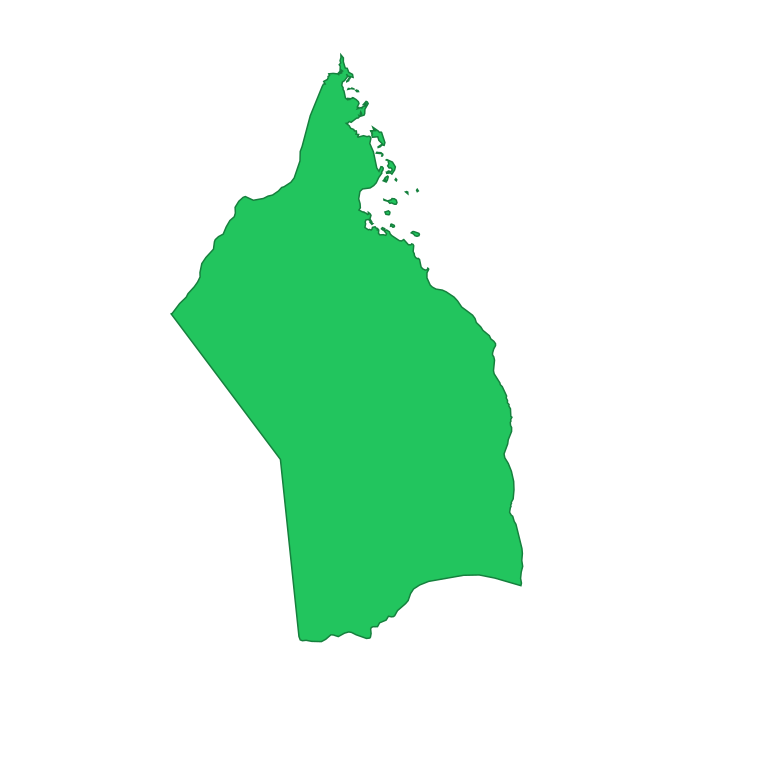 outline of Araeta, Debubawi Keyih Bahri, Eritrea, rotated 30°
{"feature_id": "51966322B42999406046920", "entity_name": "Araeta", "entity_type": "district", "adm_level": 2, "iso_a3": "ERI", "parent_name": "Eritrea", "parent_adm1": "Debubawi Keyih Bahri", "projection": "mercator", "projection_center": [40.88, 14.412], "detail": "fine", "context": "isolated", "style": "filled", "palette": "green", "viewbox_px": 768, "rotation_deg": 30, "n_neighbors": 0, "source": "geoboundaries", "source_scale": "gbopen_adm2", "svg_char_len": 6187}
<svg xmlns="http://www.w3.org/2000/svg" viewBox="0 0 768 768"><g transform="rotate(30 384 384)"><path d="M603.4,490.2L602.6,487.7L599.5,484.1L596.9,478.3L595.3,472.6L591.6,468.0L588.6,461.6L585.7,457.5L568.4,439.5L565.5,437.9L561.6,434.2L559.7,433.9L556.9,432.3L555.2,427.8L555.3,426.7L554.1,425.3L554.2,423.8L553.4,422.9L553.3,418.9L549.5,410.7L545.0,403.5L538.0,395.9L531.4,390.7L525.5,387.5L522.9,384.5L521.1,374.1L519.5,370.2L518.2,361.3L516.3,357.9L514.4,356.7L512.6,354.2L512.5,352.7L511.5,351.5L511.4,348.8L510.0,348.6L505.9,342.2L503.2,340.7L502.5,339.2L500.3,338.6L499.2,336.5L496.8,335.0L496.2,333.1L487.8,327.2L485.0,326.4L483.8,325.1L474.3,320.1L472.2,317.8L467.8,308.1L465.5,305.6L463.5,304.6L462.5,302.8L461.5,298.8L461.4,295.0L460.4,293.3L457.8,292.1L453.9,291.5L451.1,289.5L442.9,288.1L439.3,286.2L433.2,284.6L430.1,281.8L426.3,280.1L412.8,278.5L406.2,275.3L401.2,273.7L391.8,273.1L387.6,273.5L381.6,275.8L377.4,275.9L374.5,275.2L368.1,270.6L365.6,266.2L365.4,262.5L364.9,261.9L364.0,261.8L364.3,263.4L362.8,264.7L360.1,264.9L357.6,264.1L352.5,258.4L350.8,258.1L350.1,258.8L348.1,258.7L346.1,257.5L345.1,256.1L343.0,254.7L340.6,249.4L339.4,248.6L337.9,248.8L337.7,250.1L335.5,251.2L328.9,249.0L327.6,251.4L325.5,252.2L316.6,251.6L314.3,250.9L312.6,249.5L309.3,249.3L307.9,251.4L311.1,252.6L311.2,254.4L308.8,255.0L305.9,256.9L303.9,256.3L302.5,253.3L301.2,252.8L301.0,253.4L301.6,253.8L301.2,254.0L300.4,252.6L299.5,253.0L297.7,252.3L295.7,254.1L296.2,256.2L295.8,257.2L294.3,257.3L293.3,258.3L289.2,258.0L288.0,254.4L286.7,253.2L286.3,250.9L288.4,249.2L291.8,250.5L292.5,249.8L289.3,248.1L288.4,244.4L286.7,243.5L284.6,243.2L285.6,244.7L285.2,245.4L283.0,245.0L281.0,245.4L280.6,245.0L279.4,245.7L275.3,245.9L275.4,243.2L273.1,239.8L269.5,236.3L266.9,229.3L267.9,225.8L274.0,221.1L275.9,217.3L276.7,213.7L276.2,207.8L276.7,202.4L275.9,201.5L276.1,199.2L275.4,197.4L273.8,196.8L272.7,197.3L273.3,202.3L269.7,200.5L258.7,188.2L251.4,182.8L249.9,178.0L248.6,176.9L247.1,176.8L245.6,178.3L242.1,179.2L238.1,183.2L237.5,182.9L237.3,180.6L234.8,181.6L234.6,180.1L233.5,178.7L231.8,179.6L230.6,178.7L227.2,179.2L224.9,177.8L221.0,177.1L222.3,176.0L222.6,174.1L224.7,173.8L227.3,167.5L228.6,166.6L229.1,164.7L228.3,164.1L228.9,164.1L229.6,162.7L228.4,162.0L227.8,160.0L229.2,160.8L229.9,162.5L230.7,161.8L230.2,162.8L230.2,163.4L232.3,161.1L232.1,159.5L230.1,155.6L230.1,149.1L228.6,148.1L227.2,148.2L226.4,152.3L227.8,151.7L228.1,149.4L229.0,152.5L227.1,154.0L226.9,156.1L226.2,155.8L223.4,158.9L223.5,157.4L222.7,157.9L222.3,157.3L222.1,153.6L220.6,152.3L217.5,151.6L214.3,151.5L212.8,152.1L214.2,151.9L212.6,153.5L209.1,155.1L211.4,155.2L210.2,156.1L207.5,155.5L202.8,150.2L201.2,149.4L200.5,147.9L198.1,146.5L197.0,143.3L198.1,141.0L198.7,135.8L196.5,134.3L198.7,135.4L200.8,134.9L200.7,139.0L201.2,139.2L200.3,140.3L200.6,140.8L201.8,139.0L201.2,137.0L201.7,136.7L201.6,134.5L203.9,133.9L201.9,131.6L197.7,131.7L194.3,129.0L192.5,129.8L187.7,125.3L185.8,121.9L182.1,120.5L183.5,122.8L184.3,126.0L186.0,127.6L185.6,129.9L187.3,130.7L189.2,134.5L189.9,134.3L189.7,133.4L191.6,133.7L191.1,134.7L191.8,135.7L190.3,137.5L190.8,135.5L189.6,134.9L188.9,138.0L189.6,137.4L190.1,138.7L188.6,138.7L184.7,140.4L181.1,143.0L182.6,144.1L181.8,145.6L182.6,147.0L182.6,148.7L180.5,152.1L183.0,153.6L181.6,154.6L181.7,157.1L186.0,188.5L194.3,219.2L195.2,224.5L199.7,232.8L203.2,250.5L202.5,255.9L198.8,263.2L197.1,265.0L196.1,269.6L193.0,276.1L189.7,279.2L186.8,283.6L179.0,290.2L170.2,291.0L168.7,292.8L166.9,298.3L166.7,305.4L169.8,310.3L170.7,314.0L168.8,319.5L168.8,326.8L169.8,334.6L167.0,339.1L165.7,343.3L166.0,345.5L168.9,352.5L166.5,363.5L166.0,370.8L168.9,379.5L171.2,383.2L171.6,388.8L171.1,394.6L169.1,403.7L169.3,407.7L166.8,416.5L165.3,428.6L164.6,429.7L332.0,501.1L436.6,645.2L439.4,647.5L441.7,647.1L444.7,644.9L450.1,643.0L458.6,638.4L461.2,634.2L463.4,627.8L465.5,626.7L470.7,625.6L474.4,619.5L477.4,616.4L479.9,615.4L485.3,615.1L496.1,613.1L498.7,611.1L498.8,609.9L497.6,606.6L494.9,602.8L494.8,601.3L495.7,599.8L499.7,597.4L499.6,593.0L503.9,587.4L504.0,582.9L506.9,581.9L508.5,580.7L509.1,579.3L509.0,573.5L512.5,563.4L513.2,559.5L511.8,552.3L512.1,546.7L515.4,540.2L521.4,532.6L548.5,509.9L561.9,501.8L576.9,496.7L603.4,490.2ZM252.8,167.8L245.9,167.2L247.9,168.9L249.0,168.3L249.9,168.9L245.8,171.4L246.5,172.0L247.6,171.3L248.0,173.0L249.0,173.3L248.9,174.4L250.6,176.1L255.0,173.0L257.8,175.6L262.6,176.9L260.3,181.6L260.7,182.1L262.2,180.3L262.7,177.9L264.8,177.3L264.1,174.5L256.2,167.4L255.4,167.3L254.3,168.4L252.8,167.8ZM280.4,187.6L274.3,188.2L273.5,189.4L274.8,188.4L276.6,188.8L276.6,189.5L278.1,190.9L278.1,193.3L280.5,194.4L281.7,193.4L283.7,194.0L284.2,195.2L283.2,197.3L281.7,197.0L281.2,197.7L283.0,198.2L280.2,199.3L281.0,200.2L284.0,198.0L285.9,198.3L286.2,193.4L285.3,190.3L280.4,187.6ZM292.1,224.8L296.1,223.8L298.7,224.6L300.0,223.4L303.1,223.1L304.6,222.3L304.6,220.5L302.7,218.6L300.4,218.4L298.2,219.4L298.2,220.7L295.6,223.7L291.6,224.2L292.1,224.8ZM338.8,236.1L333.5,237.1L332.5,237.8L332.0,239.5L334.5,239.3L336.7,240.1L338.7,239.6L340.1,238.1L339.8,236.6L338.8,236.1ZM301.3,231.8L298.8,234.6L300.8,236.1L303.7,235.0L303.9,234.0L303.2,232.2L301.3,231.8ZM285.0,205.9L284.1,202.5L283.2,202.1L281.9,204.5L281.9,206.6L282.7,206.1L284.1,207.3L282.1,207.3L281.7,208.4L284.8,208.0L285.0,205.9ZM313.5,241.5L310.6,241.7L310.1,242.3L310.8,244.0L311.3,243.4L313.2,243.8L314.1,243.2L314.2,242.1L313.5,241.5ZM307.0,249.1L304.4,249.4L304.2,250.9L306.2,251.2L307.4,249.8L307.0,249.1ZM309.6,207.4L308.6,205.9L307.4,206.0L306.6,206.9L309.6,207.4ZM268.1,185.6L265.7,185.2L263.9,186.1L267.8,185.8L268.2,187.5L267.4,187.7L268.0,187.8L268.5,187.4L268.6,186.6L268.1,185.6ZM316.6,200.8L317.2,199.6L315.4,198.7L315.3,199.9L316.6,200.8ZM291.5,201.6L293.1,201.9L293.0,200.8L291.6,200.2L291.5,201.6ZM264.6,186.7L263.8,186.2L261.9,186.9L261.9,187.9L264.6,186.7ZM215.7,143.5L214.8,142.9L212.5,143.4L215.1,143.8L213.5,144.1L214.4,144.4L215.7,143.5ZM208.2,144.5L211.0,143.4L207.5,143.9L208.3,143.9L208.2,144.5ZM293.7,251.8L294.1,250.8L292.2,251.3L293.7,251.8ZM205.4,146.9L207.4,145.0L205.3,145.9L205.4,146.9Z" fill="#22c55e" stroke="#15803d" stroke-width="1.5"/></g></svg>